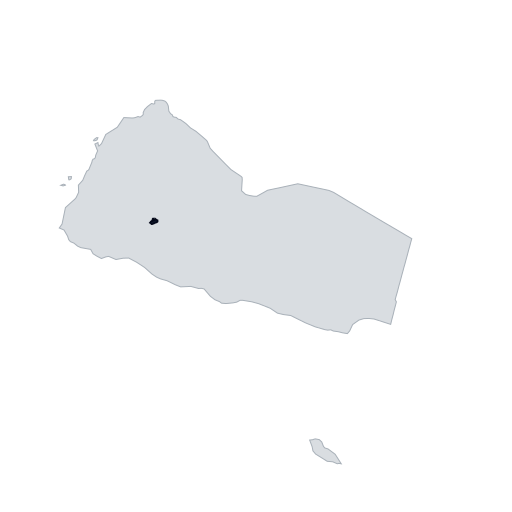 Nu'man, Al Bayda', Yemen (highlighted), rotated 40°
{"feature_id": "15242507B35371213994170", "entity_name": "Nu'man", "entity_type": "district", "adm_level": 2, "iso_a3": "YEM", "parent_name": "Yemen", "parent_adm1": "Al Bayda'", "projection": "orthographic", "projection_center": [45.536, 14.622], "detail": "fine", "context": "in_parent", "style": "filled", "palette": "ink", "viewbox_px": 512, "rotation_deg": 40, "n_neighbors": 0, "source": "geoboundaries", "source_scale": "gbopen_adm2", "svg_char_len": 4144}
<svg xmlns="http://www.w3.org/2000/svg" viewBox="0 0 512 512"><g transform="rotate(40 256 256)"><path d="M403.1,221.8L386.9,228.4L382.6,231.3L378.8,234.7L376.0,239.0L374.1,246.4L375.9,253.1L375.9,256.7L371.7,259.2L367.7,261.1L363.4,263.8L360.7,264.5L358.6,266.7L356.0,268.2L346.9,272.2L336.9,275.4L320.8,279.3L314.7,283.2L309.1,286.0L300.5,286.9L288.7,290.8L282.2,293.8L274.1,298.6L272.3,300.2L270.9,303.7L268.5,306.7L263.6,311.7L259.9,314.3L257.4,314.4L252.7,315.9L247.0,316.2L237.4,314.6L234.9,315.9L232.9,317.8L225.6,321.2L218.1,328.1L212.7,329.9L203.8,332.1L197.6,334.9L193.4,336.1L188.0,336.7L178.0,336.4L168.6,337.5L159.8,339.4L155.7,343.0L151.0,348.7L143.4,351.0L141.6,353.1L139.2,357.3L134.2,358.4L129.7,359.0L125.1,357.2L116.4,362.2L113.1,363.1L108.1,363.2L104.6,364.3L102.1,363.9L98.9,361.9L92.2,359.5L87.3,361.0L86.9,356.2L78.9,341.4L80.7,328.7L80.7,326.9L79.2,321.2L74.4,315.9L74.6,309.3L73.1,304.6L71.8,299.7L72.3,298.4L72.4,297.2L70.0,289.7L69.2,288.2L68.9,286.6L69.7,285.4L69.7,284.0L68.4,281.7L67.1,277.3L60.6,273.8L62.0,270.7L63.2,271.8L65.0,272.8L65.3,270.7L65.4,269.1L62.8,259.4L67.0,246.5L65.8,234.9L72.0,230.2L73.6,228.8L74.5,227.6L76.0,225.0L78.0,224.1L78.7,221.3L78.6,219.9L77.4,218.7L76.5,215.4L76.8,211.3L77.2,209.6L77.9,206.4L80.0,205.3L80.5,204.4L78.9,202.4L79.1,201.2L82.8,197.9L84.2,196.9L86.6,195.9L88.4,195.9L90.5,196.5L92.4,197.5L94.2,199.2L96.2,201.1L99.1,201.9L101.2,201.7L102.8,202.6L104.2,202.1L105.8,201.1L108.3,201.2L110.6,200.1L117.2,199.6L123.4,200.0L130.0,199.1L136.5,199.1L143.1,199.2L144.6,199.4L146.0,200.0L151.6,202.9L155.8,203.5L164.3,204.3L173.3,205.2L181.2,205.9L187.8,205.2L193.3,204.6L194.8,204.7L196.5,206.5L199.8,211.0L203.0,215.3L208.5,215.5L212.0,213.9L215.9,211.6L218.2,209.8L220.9,202.8L222.6,198.2L226.6,193.1L230.0,188.8L234.4,183.1L236.8,180.0L241.6,173.8L246.3,171.3L255.2,166.6L264.0,161.9L269.7,158.9L274.5,157.4L282.7,156.1L292.3,154.6L301.9,153.0L312.0,151.4L323.4,149.5L331.2,148.2L341.1,146.5L349.3,145.1L356.7,143.9L364.2,142.6L365.7,146.0L367.3,149.3L368.8,152.7L370.4,156.1L372.0,159.5L373.5,162.8L375.1,166.2L376.6,169.6L378.2,173.0L379.7,176.3L381.3,179.7L382.9,183.1L384.4,186.5L386.0,189.8L387.6,193.2L389.1,196.6L390.6,199.9L393.0,200.9L394.5,204.0L396.6,208.5L398.8,212.9L400.9,217.4L403.1,221.8ZM430.1,358.5L432.1,358.8L435.2,357.5L444.1,357.0L454.9,360.4L452.9,361.5L451.8,362.9L447.1,364.3L442.5,367.5L429.0,369.4L424.9,368.7L421.6,366.0L415.4,362.5L417.7,360.1L418.2,359.0L419.1,357.9L422.5,356.0L425.9,356.2L430.1,358.5ZM64.4,317.1L63.9,317.9L63.3,317.7L61.3,315.9L63.6,313.8L64.8,315.7L64.4,317.1ZM58.4,271.4L57.4,272.1L57.1,270.8L57.8,267.8L58.9,267.0L59.6,269.2L59.1,270.4L58.4,271.4ZM63.2,326.3L61.0,327.3L62.5,324.6L64.1,324.1L64.5,324.2L63.2,326.3Z" fill="#d9dde1" stroke="#a8b0b8" stroke-width="1"/><path d="M153.3,298.8L154.3,298.6L154.5,298.6L154.8,298.7L155.0,298.7L155.2,298.8L155.3,298.8L155.5,298.8L155.6,298.7L155.8,298.6L156.0,298.4L156.1,298.2L156.3,297.9L156.3,297.7L156.4,297.4L156.5,297.4L156.5,297.2L156.7,296.9L156.8,296.7L156.9,296.4L157.0,296.4L157.0,296.2L157.2,295.9L157.3,295.8L157.3,295.7L157.5,295.4L157.6,295.2L157.8,294.9L157.9,294.7L158.0,294.7L158.1,294.4L158.2,294.2L158.3,294.1L158.3,293.9L158.4,293.7L158.5,293.6L158.5,293.4L158.6,293.2L158.6,292.9L158.4,292.8L158.2,292.8L158.0,292.7L158.0,292.4L158.0,292.2L157.8,292.0L157.7,292.0L157.6,291.9L157.5,292.0L157.4,292.0L157.2,292.0L156.9,292.1L156.7,292.1L156.3,292.1L156.2,292.2L155.9,292.2L155.7,292.2L155.4,292.2L155.5,292.3L155.6,292.5L155.6,292.8L155.6,293.0L155.6,293.3L155.5,293.5L155.4,293.8L155.2,294.0L154.9,294.2L154.7,294.3L154.4,294.2L154.2,293.9L154.1,293.7L154.1,293.4L154.1,293.2L153.9,293.1L153.7,292.9L153.6,293.0L153.4,293.1L153.3,293.3L153.2,293.4L153.1,293.5L152.9,293.6L152.9,293.8L152.9,294.0L153.0,294.3L153.1,294.5L153.3,294.6L153.5,294.7L153.5,294.8L153.8,294.9L154.0,295.0L154.3,295.1L154.4,295.3L154.5,295.5L154.4,295.7L154.3,295.9L154.3,296.0L154.2,296.1L153.9,296.3L153.7,296.3L153.4,296.3L153.3,296.7L153.3,296.8L153.3,297.0L153.3,297.4L153.3,297.9L153.3,298.2L153.3,298.3L153.3,298.8Z" fill="#0f172a" stroke="#020617" stroke-width="1.5"/></g></svg>